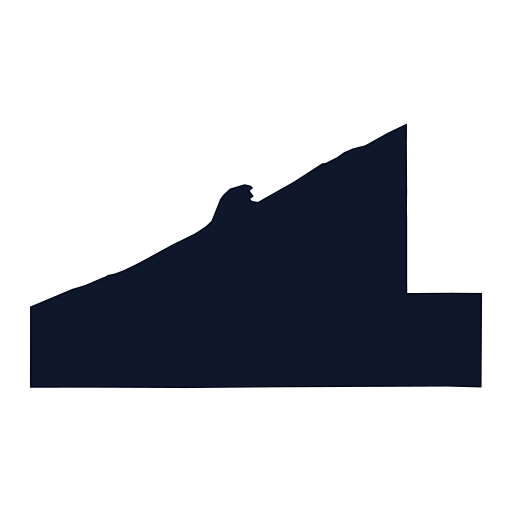 outline of Erie, Pennsylvania, United States of America
{"feature_id": "52423323B98876913296061", "entity_name": "Erie", "entity_type": "district", "adm_level": 2, "iso_a3": "USA", "parent_name": "United States of America", "parent_adm1": "Pennsylvania", "projection": "natural_earth1", "projection_center": [-80.038, 42.059], "detail": "fine", "context": "isolated", "style": "filled", "palette": "ink", "viewbox_px": 512, "rotation_deg": 0, "n_neighbors": 0, "source": "geoboundaries", "source_scale": "gbopen_adm2", "svg_char_len": 904}
<svg xmlns="http://www.w3.org/2000/svg" viewBox="0 0 512 512"><path d="M406.2,124.7L388.1,133.4L365.2,146.1L353.7,148.9L344.7,152.7L337.3,157.9L326.0,163.6L322.3,164.1L293.7,182.6L277.9,191.5L258.1,202.7L252.7,201.9L250.5,200.8L249.3,198.6L249.5,198.4L252.7,196.1L248.7,191.0L252.0,187.8L250.0,186.2L244.5,185.0L230.2,189.3L223.7,195.5L220.8,199.5L212.0,221.5L206.1,227.0L195.1,234.2L176.1,243.5L174.1,244.4L141.2,262.4L140.2,263.0L124.8,270.5L115.3,274.2L108.3,275.6L104.0,278.1L103.4,278.0L85.2,285.8L72.5,289.6L30.8,307.1L30.8,308.0L30.8,328.0L30.8,337.3L30.7,387.0L87.0,386.9L114.3,387.0L185.9,387.3L270.9,386.6L333.0,386.3L446.9,385.8L480.8,386.7L481.3,293.7L474.1,293.7L451.9,293.5L406.7,293.8L406.5,293.0L406.4,281.2L406.4,218.8L406.2,211.2L406.3,199.0L406.4,191.6L406.3,184.9L406.3,180.9L406.3,178.5L406.1,141.4L406.2,136.2L406.2,124.7Z" fill="#0f172a" stroke="#020617" stroke-width="1.5"/></svg>